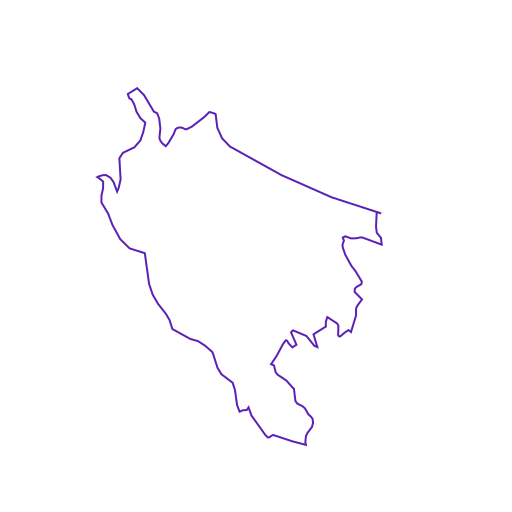 Zuid-Holland, Natural Earth projection, rotated 73°
{"feature_id": "NLD-3485", "entity_name": "Zuid-Holland", "entity_type": "Province", "adm_level": 1, "iso_a3": "NLD", "parent_name": "Netherlands", "parent_adm1": "", "projection": "natural_earth1", "projection_center": [4.558, 51.987], "detail": "fine", "context": "isolated", "style": "outline", "palette": "violet", "viewbox_px": 512, "rotation_deg": 73, "n_neighbors": 0, "source": "natural_earth", "source_scale": "10m", "svg_char_len": 2288}
<svg xmlns="http://www.w3.org/2000/svg" viewBox="0 0 512 512"><g transform="rotate(73 256 256)"><path d="M134.2,384.7L133.9,383.2L133.9,378.9L134.8,375.7L138.6,372.3L143.7,370.6L153.8,370.0L150.7,367.4L143.2,363.1L122.6,358.1L118.4,353.1L116.5,340.5L111.6,332.7L104.4,327.5L96.1,322.9L90.5,326.2L83.0,328.1L75.3,328.1L69.6,329.4L68.5,330.9L66.4,331.2L63.6,331.2L60.8,320.6L69.5,316.0L88.0,311.5L90.6,308.8L96.3,308.4L106.2,310.2L114.4,313.7L115.7,313.9L117.9,313.7L120.9,312.7L124.6,310.2L122.3,306.7L114.8,298.5L112.8,297.2L111.1,295.6L110.5,293.3L111.1,290.3L112.5,288.2L113.9,286.8L114.5,285.5L113.6,279.7L108.0,264.9L104.7,258.5L106.4,255.6L108.4,253.1L122.1,255.5L133.6,254.0L143.7,248.9L185.9,208.2L222.0,166.5L251.9,123.8L249.2,127.7L262.1,132.3L263.8,132.8L269.1,133.7L275.2,131.2L281.9,132.5L269.5,148.7L269.1,149.6L268.7,151.2L268.4,154.8L267.0,159.9L263.3,164.8L263.7,167.6L267.0,167.4L269.9,169.6L271.3,170.2L273.4,170.5L280.6,170.3L293.2,167.7L299.5,165.3L311.5,162.3L313.0,163.1L313.8,163.6L315.1,169.2L316.1,171.0L319.2,172.2L328.5,167.3L332.4,172.6L333.8,174.3L335.6,175.7L342.1,177.7L356.5,187.4L353.9,189.2L355.1,193.3L356.9,197.5L357.4,198.8L357.4,199.7L356.7,200.3L355.5,200.6L350.6,198.8L349.2,198.5L348.1,198.1L347.2,197.6L345.6,197.8L344.2,198.2L337.1,204.1L335.3,205.7L339.4,208.5L343.9,209.8L347.7,223.9L361.0,224.0L358.9,226.5L347.3,231.1L337.9,242.4L339.2,244.8L352.7,243.3L354.0,247.9L350.3,249.8L348.2,250.6L346.2,251.0L345.3,252.2L348.0,255.8L357.4,265.3L363.9,273.2L365.9,270.8L372.6,271.2L375.6,270.2L383.9,263.4L393.3,259.1L393.9,258.5L406.2,260.7L409.2,259.7L413.4,255.3L416.1,253.7L422.8,252.2L425.4,250.6L428.2,249.5L432.2,250.2L435.9,252.5L439.9,258.1L442.7,260.8L448.3,263.2L451.2,263.5L443.8,275.5L442.5,277.3L432.1,292.0L432.6,294.2L433.2,295.9L433.2,297.0L432.9,297.8L429.9,299.4L407.2,307.0L398.6,307.4L400.5,309.7L400.5,310.4L399.7,313.5L400.1,317.2L393.1,317.7L378.0,315.3L370.4,315.4L359.0,323.6L351.6,325.5L335.3,325.7L326.9,330.9L320.4,336.4L316.2,343.0L301.4,357.3L292.0,357.4L285.2,359.0L273.0,363.7L262.7,366.1L251.4,366.4L220.8,361.5L211.8,374.6L200.2,380.9L184.3,384.2L172.1,385.0L159.9,388.1L159.7,388.2L153.0,386.1L146.7,382.5L140.1,380.4L135.1,383.8L134.3,384.6L134.2,384.7Z" fill="none" stroke="#5b21b6" stroke-width="2"/></g></svg>